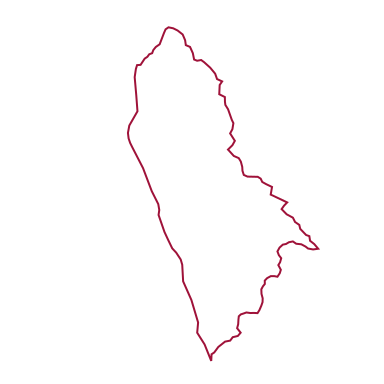 Sentinela do Sul, Rio Grande do Sul, Brazil (Robinson projection), rotated 139°
{"feature_id": "56859067B78209847482393", "entity_name": "Sentinela do Sul", "entity_type": "district", "adm_level": 2, "iso_a3": "BRA", "parent_name": "Brazil", "parent_adm1": "Rio Grande do Sul", "projection": "robinson", "projection_center": [-51.619, -30.633], "detail": "fine", "context": "isolated", "style": "outline", "palette": "rose", "viewbox_px": 384, "rotation_deg": 139, "n_neighbors": 0, "source": "geoboundaries", "source_scale": "gbopen_adm2", "svg_char_len": 1810}
<svg xmlns="http://www.w3.org/2000/svg" viewBox="0 0 384 384"><g transform="rotate(139 192 192)"><path d="M159.9,316.3L170.8,301.3L180.2,288.7L195.7,283.3L201.6,278.6L204.7,274.0L206.5,269.6L207.7,265.0L213.3,242.1L221.8,219.1L225.4,205.0L228.5,199.9L232.3,196.6L239.0,179.9L241.4,171.6L243.9,162.4L243.7,156.6L244.8,148.5L247.1,143.5L257.3,130.4L263.3,110.9L271.1,93.7L273.0,89.5L280.4,82.4L282.5,68.7L288.3,51.9L283.7,56.7L280.5,56.3L273.8,57.8L265.2,57.4L260.7,54.8L256.5,55.7L251.9,53.3L247.6,53.9L247.3,59.6L243.9,61.9L240.7,65.2L238.2,67.5L235.4,67.6L232.6,66.4L230.0,65.4L227.3,62.3L224.8,60.3L222.0,57.6L218.7,58.6L214.3,60.7L211.0,62.6L208.4,65.4L206.4,69.5L203.5,73.1L200.3,74.3L197.4,74.8L195.2,77.4L191.8,77.7L187.7,76.8L185.0,74.4L183.1,72.0L179.1,73.1L176.0,75.0L174.8,80.2L171.6,81.2L168.1,83.5L167.9,87.3L166.5,91.1L162.4,92.6L158.0,92.7L155.2,91.1L151.8,90.5L148.3,88.5L147.3,84.6L143.8,80.8L142.1,76.3L141.5,73.2L138.3,69.2L134.0,66.4L133.9,72.5L134.9,77.7L132.4,81.7L134.1,84.7L134.3,88.8L134.5,93.2L132.6,96.8L133.9,101.7L132.7,106.4L135.2,113.1L135.6,120.3L131.5,121.3L127.0,121.7L134.3,138.4L128.3,143.3L130.9,149.3L132.4,153.5L131.4,157.0L132.4,160.3L140.0,167.2L141.7,170.9L140.0,174.9L137.6,178.0L135.2,182.9L134.5,186.9L136.8,191.8L137.0,200.4L130.8,200.8L126.1,202.5L124.8,211.2L120.3,212.9L115.6,216.8L114.6,220.4L110.5,230.8L109.7,235.8L108.0,238.4L104.9,242.1L107.3,247.9L100.9,254.6L96.7,255.7L99.0,260.8L96.9,266.1L96.7,273.9L97.7,282.0L98.5,285.6L102.0,287.7L103.5,290.6L100.3,296.2L98.3,302.8L100.3,306.9L97.6,311.1L95.7,317.0L96.9,323.3L98.8,327.9L101.7,331.7L105.2,332.1L108.8,330.4L119.5,324.7L124.2,325.2L128.1,324.5L131.0,322.9L133.9,324.0L137.0,323.3L140.2,323.7L147.4,321.7L150.2,323.8L153.6,321.7L159.9,316.3Z" fill="none" stroke="#9f1239" stroke-width="2"/></g></svg>